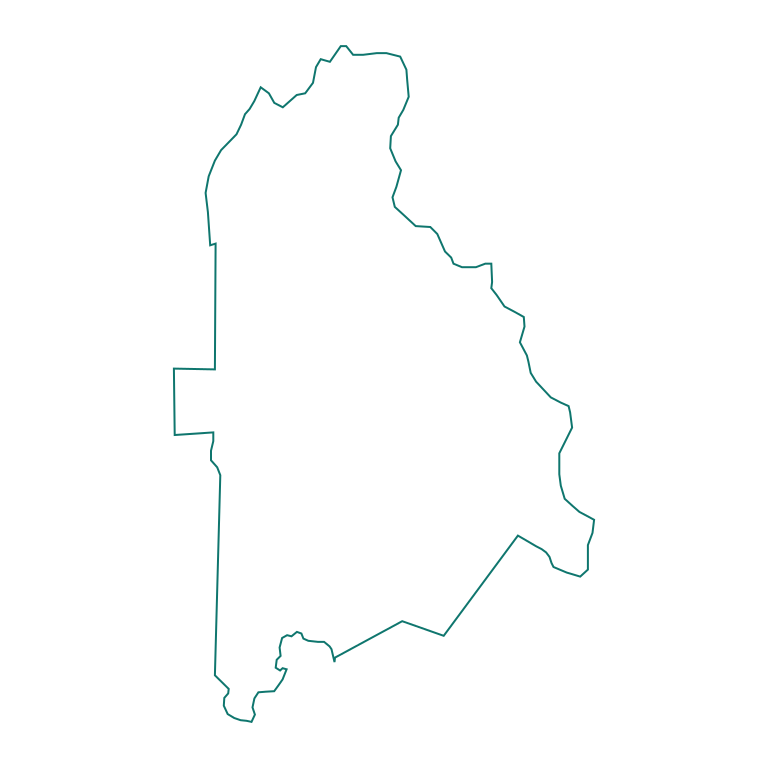 Rembau, Negeri Sembilan, Malaysia
{"feature_id": "92858781B48493388019423", "entity_name": "Rembau", "entity_type": "district", "adm_level": 2, "iso_a3": "MYS", "parent_name": "Malaysia", "parent_adm1": "Negeri Sembilan", "projection": "robinson", "projection_center": [102.108, 2.564], "detail": "fine", "context": "isolated", "style": "outline", "palette": "teal", "viewbox_px": 768, "rotation_deg": 0, "n_neighbors": 0, "source": "geoboundaries", "source_scale": "gbopen_adm2", "svg_char_len": 1812}
<svg xmlns="http://www.w3.org/2000/svg" viewBox="0 0 768 768"><path d="M260.7,87.3L254.3,101.1L249.6,109.0L245.0,114.2L241.1,124.7L236.5,134.3L221.1,150.1L214.9,160.6L208.7,176.3L205.6,192.9L207.9,212.1L210.2,245.3L215.6,243.6L214.9,369.4L173.9,368.6L174.7,435.0L213.3,432.4L213.3,441.1L211.0,450.7L211.0,460.3L217.2,467.3L220.3,475.2L214.9,675.3L228.7,688.9L228.2,693.4L224.3,697.9L223.8,705.7L227.7,714.1L234.2,718.0L240.6,720.2L246.5,720.8L251.5,721.9L254.9,714.6L252.5,707.4L254.4,698.4L258.4,692.3L265.8,691.7L274.2,691.2L278.7,685.0L282.6,679.4L286.6,669.3L282.6,668.2L280.1,670.5L275.7,667.7L276.7,659.8L280.6,655.9L279.6,647.5L282.1,638.0L287.1,635.2L291.5,636.3L296.9,631.9L301.4,633.5L303.4,638.6L308.3,640.8L318.2,641.9L324.1,641.9L329.6,646.4L331.5,649.2L334.5,662.1L335.0,657.6L402.2,621.2L443.7,635.8L517.9,535.6L536.2,546.3L541.6,549.1L546.1,552.4L549.5,556.9L551.5,563.0L553.5,567.0L566.8,572.6L570.6,573.7L580.2,576.6L587.9,569.6L587.9,559.1L587.9,545.1L592.5,532.9L594.1,519.8L579.4,511.9L572.4,505.8L564.7,498.8L560.8,485.7L559.3,474.3L559.3,462.1L559.3,453.3L572.1,427.6L570.1,412.3L568.6,406.1L560.8,402.6L550.8,397.4L536.1,381.7L530.7,372.9L528.4,361.6L526.9,355.5L519.9,342.3L524.5,326.6L523.8,317.0L514.5,311.8L504.5,306.5L496.7,295.1L491.3,288.2L492.1,282.0L491.3,263.7L485.2,263.7L475.9,267.2L462.0,267.2L453.5,263.7L451.2,257.6L445.0,251.5L437.3,234.0L430.3,227.0L415.7,226.1L402.5,213.9L394.8,206.9L392.5,197.3L396.4,186.8L401.0,170.2L395.6,161.4L390.2,148.3L390.9,136.1L397.9,124.7L398.7,117.7L403.3,109.9L408.7,96.8L407.2,80.2L406.4,69.7L400.2,56.6L386.3,53.1L377.0,53.1L363.1,54.8L353.1,54.8L346.2,46.1L340.8,46.1L329.9,61.8L320.7,59.2L316.0,67.1L313.0,82.8L305.2,93.3L296.7,95.0L282.8,107.3L274.3,102.9L268.9,93.3L260.7,87.3Z" fill="none" stroke="#0f766e" stroke-width="2"/></svg>